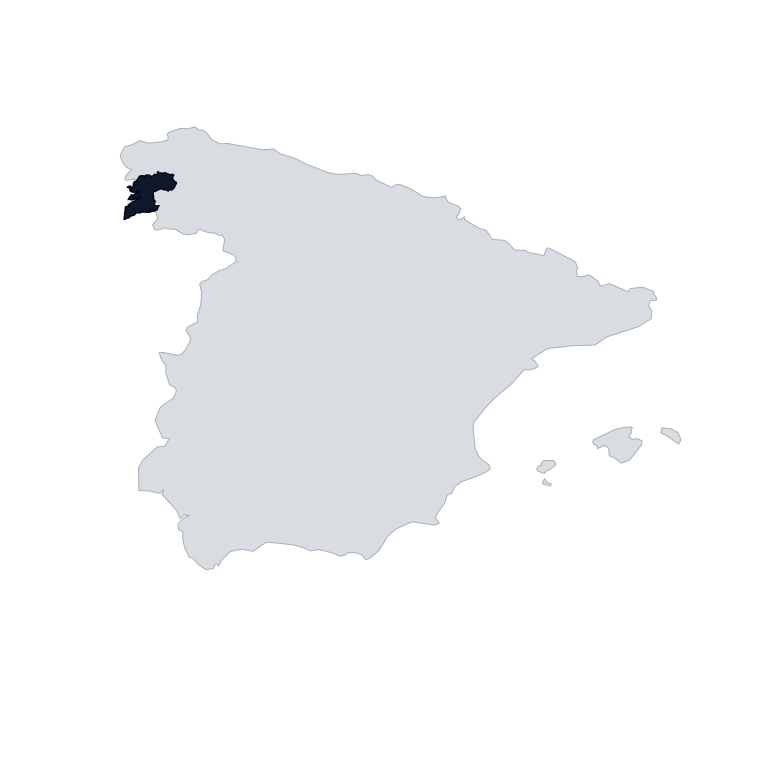 location of Pontevedra within Spain, rotated 11°
{"feature_id": "ESP-5840", "entity_name": "Pontevedra", "entity_type": "Autonomous Community", "adm_level": 1, "iso_a3": "ESP", "parent_name": "Spain", "parent_adm1": "", "projection": "natural_earth1", "projection_center": [-8.552, 42.371], "detail": "fine", "context": "in_parent", "style": "filled", "palette": "ink", "viewbox_px": 768, "rotation_deg": 11, "n_neighbors": 0, "source": "natural_earth", "source_scale": "10m", "svg_char_len": 6350}
<svg xmlns="http://www.w3.org/2000/svg" viewBox="0 0 768 768"><g transform="rotate(11 384 384)"><path d="M408.7,187.6L408.8,189.5L412.4,193.2L423.1,195.4L425.8,196.9L425.4,201.9L423.0,206.3L425.3,208.2L427.9,208.1L430.9,204.6L431.6,206.9L436.5,209.0L447.2,213.0L454.8,213.6L462.8,221.4L475.4,219.9L487.0,227.5L497.6,225.8L500.0,227.3L516.6,227.5L517.3,221.3L519.2,218.8L548.3,227.4L551.9,232.7L551.4,235.3L553.2,241.5L556.9,241.2L564.4,237.8L574.3,242.1L577.1,245.9L579.1,246.2L586.4,242.4L606.5,246.9L607.2,244.0L608.5,243.1L616.8,240.4L620.2,239.8L631.0,241.8L632.4,245.4L634.6,246.7L635.5,249.7L629.4,251.5L628.9,256.8L633.0,261.2L633.8,268.9L623.4,278.8L593.4,295.5L583.7,305.5L561.0,310.6L537.5,318.1L523.8,331.4L527.5,332.5L531.9,337.0L530.5,339.1L524.5,342.2L519.0,343.1L509.1,359.6L495.4,376.6L490.3,384.3L479.6,404.2L479.7,410.0L485.8,429.8L489.2,435.0L493.8,439.4L502.3,443.2L504.5,446.8L501.7,450.3L493.4,456.5L478.9,464.9L472.8,471.6L471.6,478.0L467.4,480.9L466.0,489.8L460.4,502.3L460.1,505.5L464.8,510.1L460.3,512.9L437.6,514.0L423.6,523.8L416.8,532.4L410.7,548.5L403.1,558.0L399.7,559.8L394.3,555.6L387.6,555.0L381.2,556.3L377.9,559.7L372.6,561.5L367.4,559.9L356.2,559.0L351.2,559.2L343.5,561.9L336.8,560.1L325.5,559.2L301.2,561.3L298.1,562.3L287.4,573.2L275.6,573.4L265.0,577.8L257.9,588.4L256.5,594.1L254.4,592.7L252.8,593.2L252.0,597.5L244.6,600.2L236.3,596.7L229.3,591.4L225.7,591.1L219.7,582.9L217.2,577.7L215.3,572.1L215.2,568.1L210.0,565.9L208.6,560.7L212.4,554.0L217.4,550.3L212.7,550.6L209.3,554.9L204.9,548.0L187.1,534.6L188.1,529.8L185.1,533.4L183.1,534.3L174.0,533.8L163.6,535.4L159.1,512.6L161.8,504.6L173.4,489.0L180.7,486.9L183.6,478.8L176.9,479.2L166.2,463.7L168.9,449.3L179.4,438.5L181.1,434.2L181.5,430.2L179.5,427.3L173.7,425.8L167.6,414.4L166.3,407.3L161.4,403.3L157.3,396.3L160.9,395.2L176.0,395.2L179.6,393.4L182.3,388.7L185.1,380.9L185.7,376.2L179.8,369.4L179.6,368.0L180.4,365.7L189.5,358.2L187.6,352.6L189.0,340.9L188.2,334.0L187.2,328.3L184.0,321.0L186.0,318.1L190.7,315.5L194.5,309.6L200.0,304.6L207.2,300.6L215.5,291.9L214.1,288.0L211.3,285.7L200.9,284.1L200.1,282.3L200.1,272.8L197.4,269.0L193.6,269.5L187.9,267.8L186.5,268.9L179.2,268.6L174.0,266.9L171.9,268.3L171.2,271.7L162.7,275.1L157.9,275.0L149.9,272.0L140.9,273.0L139.8,272.3L132.1,276.2L129.5,276.3L126.3,271.6L130.5,264.8L126.8,258.4L124.5,258.2L110.2,262.9L101.9,269.1L98.6,269.9L97.4,268.8L97.0,260.0L105.7,250.6L100.2,249.9L100.5,247.2L104.0,242.9L100.4,239.7L100.4,230.2L92.6,233.2L90.6,232.8L90.6,229.0L95.3,221.4L90.3,220.6L86.5,217.7L81.8,211.5L81.8,208.2L84.3,200.6L91.1,197.0L97.7,191.7L106.9,192.6L120.5,188.2L125.2,185.8L125.0,182.6L123.4,180.3L124.8,178.0L135.9,171.7L142.5,171.0L149.3,167.8L153.8,169.9L157.8,169.2L162.4,171.6L168.5,177.2L177.3,179.5L184.3,177.7L220.3,177.2L230.5,174.4L238.5,177.9L253.9,179.5L263.2,182.4L288.8,187.1L298.0,187.2L316.6,182.5L321.6,183.7L329.0,181.4L332.6,181.9L337.3,185.2L353.8,189.6L358.0,185.8L361.1,185.0L373.0,187.3L384.9,192.0L391.1,192.4L400.1,191.1L408.7,187.6ZM634.3,389.1L638.6,391.0L643.1,389.3L645.5,389.8L647.9,390.7L648.6,394.3L639.7,411.7L632.2,416.5L624.3,412.7L619.8,411.8L618.4,410.4L617.1,404.8L615.0,403.0L612.0,402.2L606.1,406.6L604.2,403.6L601.3,403.1L600.1,401.3L600.1,399.0L618.1,385.5L623.3,382.5L634.5,379.0L636.2,379.6L634.8,381.6L636.4,383.6L634.3,389.1ZM686.2,382.0L684.7,386.9L670.6,380.4L666.1,379.7L665.0,378.7L665.3,373.9L674.4,373.2L681.9,375.6L686.2,382.0ZM560.0,437.9L558.5,441.3L551.7,440.1L550.1,438.7L551.5,434.8L553.4,434.4L553.4,431.6L555.4,428.8L565.0,426.6L567.2,428.4L567.8,431.2L562.2,437.1L560.0,437.9ZM567.2,451.7L566.2,452.4L558.7,451.8L558.5,449.5L559.9,446.3L562.7,449.5L567.1,450.1L567.2,451.7Z" fill="#d9dde1" stroke="#a8b0b8" stroke-width="1"/><path d="M126.4,257.3L125.1,258.2L124.3,258.5L123.5,258.5L123.2,258.6L122.8,258.8L121.7,259.8L120.9,260.2L114.1,261.2L113.3,261.5L111.8,262.5L110.9,262.8L109.3,262.8L108.5,263.0L107.8,263.5L107.4,264.1L106.9,265.3L106.6,265.8L105.7,266.4L104.6,266.7L103.6,267.2L103.1,267.5L102.6,268.5L101.9,269.3L101.1,270.0L100.2,270.2L99.4,270.6L98.7,271.4L98.0,272.0L97.3,271.8L97.4,271.0L96.5,260.2L96.7,259.2L97.2,258.8L98.9,258.8L99.7,258.6L100.1,258.0L99.9,257.6L99.0,257.2L98.8,256.9L99.0,256.7L100.2,256.1L100.3,255.9L100.4,255.4L100.6,254.8L101.1,254.6L101.3,254.4L102.1,253.5L104.5,251.8L105.0,251.6L105.2,251.4L106.7,250.2L107.4,249.9L108.3,249.3L108.6,249.0L108.8,248.6L108.8,246.9L108.7,246.5L108.6,246.4L108.2,246.5L107.5,247.1L107.1,248.2L106.4,249.2L105.3,249.6L104.4,249.8L102.1,250.9L101.6,251.3L101.1,251.5L98.8,251.3L97.9,251.6L98.1,250.9L98.5,249.6L98.6,248.9L98.8,248.9L99.5,249.7L99.7,249.3L99.7,247.5L99.7,247.1L99.6,246.8L99.7,246.7L100.3,246.5L101.9,246.9L102.1,246.8L102.5,246.0L104.1,244.2L104.9,243.5L106.3,242.7L107.0,242.1L107.3,241.3L106.9,241.5L106.5,241.4L106.1,241.3L105.7,241.3L105.5,241.5L104.5,242.0L103.4,242.8L102.8,243.2L101.8,243.4L100.4,243.5L99.0,243.4L97.9,242.7L97.6,242.1L97.4,241.1L97.0,240.5L96.5,240.2L94.9,239.9L94.6,239.7L95.0,239.2L95.8,238.7L96.7,238.3L97.3,238.2L97.9,238.4L98.2,238.8L98.2,239.4L97.6,239.7L98.0,239.9L98.6,240.2L99.3,240.3L99.7,240.1L99.9,239.5L99.8,238.9L99.8,238.3L100.4,237.9L99.8,235.9L99.8,235.0L99.9,234.1L100.3,233.5L100.9,233.0L101.4,232.9L102.0,232.2L103.6,228.8L104.0,227.5L104.6,226.5L107.7,225.5L109.4,225.9L109.6,225.8L109.7,225.7L109.7,225.4L109.8,225.1L110.0,224.8L110.7,224.3L114.0,223.8L115.4,224.5L116.0,224.6L116.6,224.4L117.6,223.7L118.9,221.9L120.6,222.4L121.1,222.2L121.4,221.8L121.5,221.3L121.5,220.6L121.2,219.6L121.2,219.3L121.4,219.0L121.7,218.8L122.0,218.8L122.3,218.9L122.6,219.3L122.8,219.8L123.0,220.1L123.4,220.2L124.6,219.5L125.1,219.3L126.5,219.7L126.9,219.6L127.2,219.4L127.7,218.7L128.5,218.4L134.0,219.4L134.7,219.3L136.2,218.6L137.7,219.0L137.0,221.6L137.1,222.4L139.2,224.7L140.1,225.2L141.5,225.7L142.0,226.2L142.0,227.0L141.2,228.1L141.0,228.7L140.9,230.5L139.3,233.6L138.0,234.2L136.9,234.0L136.5,234.1L135.6,235.5L135.4,235.7L133.2,235.1L129.7,235.3L128.5,234.0L126.8,235.8L125.2,236.3L122.9,238.5L121.2,238.4L121.3,238.8L121.1,241.8L121.5,242.9L122.2,244.2L122.2,244.5L122.1,245.4L122.2,245.7L123.6,247.8L124.0,248.1L124.7,248.3L124.1,250.3L124.1,251.0L124.4,251.5L125.4,252.7L125.8,252.9L129.0,252.1L128.3,254.1L128.1,256.2L126.4,257.3Z" fill="#0f172a" stroke="#020617" stroke-width="1.5"/></g></svg>